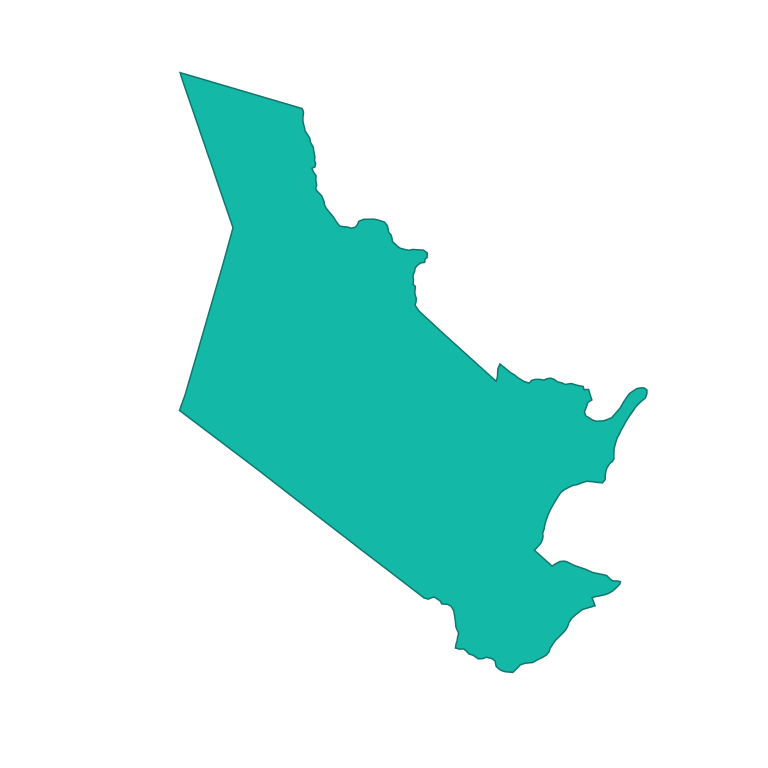 Tutóia, Maranhão, Brazil, rotated 106°
{"feature_id": "56859067B80807231279111", "entity_name": "Tutóia", "entity_type": "district", "adm_level": 2, "iso_a3": "BRA", "parent_name": "Brazil", "parent_adm1": "Maranhão", "projection": "equal_earth", "projection_center": [-42.396, -2.926], "detail": "fine", "context": "isolated", "style": "filled", "palette": "teal", "viewbox_px": 768, "rotation_deg": 106, "n_neighbors": 0, "source": "geoboundaries", "source_scale": "gbopen_adm2", "svg_char_len": 3699}
<svg xmlns="http://www.w3.org/2000/svg" viewBox="0 0 768 768"><g transform="rotate(106 384 384)"><path d="M627.1,192.2L627.1,187.6L625.7,180.7L621.0,177.9L616.2,175.4L613.4,171.0L610.7,164.2L605.5,159.1L603.2,156.4L599.8,153.2L595.8,151.5L592.3,151.5L585.6,149.4L582.9,148.4L578.3,145.8L574.1,143.4L569.8,141.4L565.7,140.6L562.2,140.5L557.6,139.0L552.3,135.7L548.1,132.6L546.0,131.0L539.0,120.0L532.1,125.1L530.3,122.6L528.9,119.5L527.2,116.5L525.4,113.1L523.3,110.4L520.2,107.3L516.7,105.1L514.1,103.6L511.4,102.2L508.9,102.2L509.0,105.5L510.2,109.6L509.0,113.1L506.7,117.2L506.9,121.3L507.7,131.5L507.2,134.7L506.6,138.8L506.3,144.6L506.1,149.2L505.6,153.6L504.6,158.1L504.5,161.7L506.1,166.0L509.6,169.6L512.7,172.2L502.4,193.6L498.6,191.6L495.6,190.1L493.0,189.2L489.6,188.8L486.4,189.2L484.0,190.3L479.3,190.1L476.8,190.4L473.5,190.6L470.0,190.6L466.5,190.4L463.9,190.2L461.1,189.7L457.8,189.2L454.3,188.3L450.6,187.4L446.6,186.3L442.5,185.1L440.0,184.3L437.8,183.0L434.7,180.3L431.8,177.2L429.3,174.3L427.6,170.8L424.9,167.2L421.6,162.3L420.5,156.8L419.6,150.6L418.8,146.7L414.9,145.1L410.5,146.2L406.9,146.7L403.7,146.6L400.8,145.9L398.1,145.0L395.7,143.2L392.8,142.3L388.8,143.5L385.3,144.4L382.0,145.0L378.1,145.1L374.3,145.1L371.1,144.9L367.8,144.1L363.5,143.4L359.9,142.5L356.7,141.8L354.0,141.3L350.3,140.2L347.1,139.3L343.6,138.0L340.0,136.8L337.4,136.0L334.5,134.7L331.3,132.8L328.7,131.2L325.5,128.9L320.8,128.6L317.3,129.6L316.1,132.9L316.9,136.0L318.6,139.6L322.8,143.2L325.7,145.5L328.6,146.6L331.8,147.6L335.0,148.7L339.1,149.7L342.0,150.4L346.4,152.4L353.7,155.9L357.0,160.1L358.9,163.0L361.2,169.4L361.2,173.3L358.8,181.6L355.5,183.6L348.3,183.0L345.6,183.0L342.0,179.8L339.1,181.8L335.5,184.2L332.8,185.8L334.3,190.2L331.5,191.8L332.0,198.6L331.9,204.2L334.5,209.7L333.9,213.3L334.1,218.0L332.7,221.4L332.4,225.4L334.1,229.0L336.1,231.1L336.7,236.0L337.9,239.9L340.0,243.3L343.1,244.5L343.0,250.0L341.2,256.7L339.2,261.4L337.9,266.3L335.8,270.9L332.8,278.1L337.9,278.7L341.5,278.0L344.1,277.3L347.2,276.8L350.4,277.1L319.4,340.4L304.2,370.5L299.6,375.9L296.5,375.8L293.0,376.5L288.5,379.3L285.1,380.1L281.6,380.7L280.3,383.4L275.4,384.5L273.2,385.6L270.1,386.0L267.7,385.6L263.9,386.0L260.7,384.6L257.5,382.1L255.9,378.4L252.6,379.0L250.5,377.4L246.1,378.5L244.4,382.9L245.6,388.0L246.7,393.4L248.6,396.8L248.9,400.7L249.0,406.0L247.6,409.7L244.7,415.1L241.1,416.8L238.5,418.6L237.1,421.2L233.7,422.8L230.7,424.6L228.2,428.3L228.0,434.8L228.3,439.1L229.7,443.7L231.3,449.0L234.6,453.1L238.0,453.4L241.2,454.8L243.2,458.2L243.2,462.4L243.9,466.0L244.4,470.3L241.0,474.7L237.4,478.7L234.1,483.6L231.2,487.7L228.8,490.2L225.3,491.8L220.3,495.8L216.8,501.8L214.7,503.7L211.5,503.5L206.3,506.0L202.7,506.6L199.6,510.2L196.5,512.8L194.3,510.2L190.7,510.5L188.5,512.3L184.5,513.1L179.3,515.8L175.9,517.3L172.0,521.2L168.0,523.3L162.2,529.8L159.2,531.2L156.4,533.0L153.1,534.6L149.7,535.5L146.9,535.8L144.4,536.5L141.8,538.6L140.9,665.8L143.5,664.2L150.7,659.3L187.8,633.3L193.4,629.5L202.0,623.4L209.7,618.1L218.1,612.1L221.3,609.9L225.0,607.3L235.1,600.4L275.4,572.2L315.9,571.8L331.0,571.9L381.6,572.0L449.1,572.2L465.8,573.3L502.0,479.6L509.1,461.9L518.4,438.7L535.0,397.0L539.8,384.9L541.9,379.5L549.3,361.1L561.2,330.6L576.6,291.6L578.6,286.7L578.6,282.1L576.5,279.7L575.0,276.9L576.0,273.6L577.1,270.1L579.5,267.9L578.3,262.1L579.2,258.1L582.9,254.4L587.9,252.0L592.8,249.8L597.4,248.1L600.0,246.1L603.1,243.5L606.8,243.5L611.0,242.9L613.8,243.1L618.1,242.6L618.1,238.5L616.7,234.4L618.1,231.1L620.1,228.0L620.2,223.5L622.2,217.6L620.8,213.4L618.5,210.4L618.2,204.5L619.6,200.9L624.5,198.4L626.2,195.2L627.1,192.2Z" fill="#14b8a6" stroke="#0f766e" stroke-width="1.5"/></g></svg>